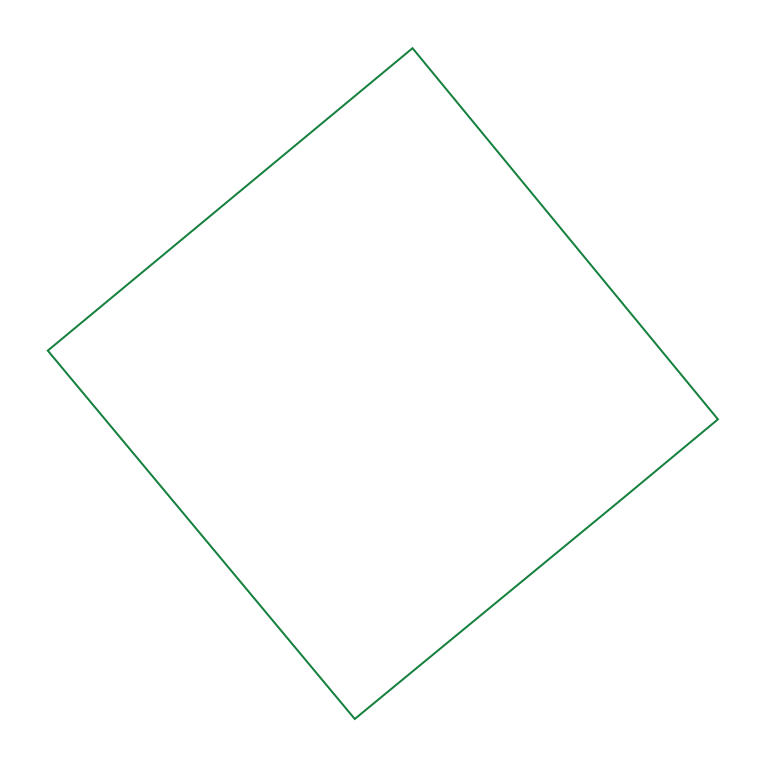 Fisher, Texas, United States of America (Robinson projection), rotated 140°
{"feature_id": "52423323B51130731271508", "entity_name": "Fisher", "entity_type": "district", "adm_level": 2, "iso_a3": "USA", "parent_name": "United States of America", "parent_adm1": "Texas", "projection": "robinson", "projection_center": [-100.464, 32.743], "detail": "fine", "context": "isolated", "style": "outline", "palette": "green", "viewbox_px": 768, "rotation_deg": 140, "n_neighbors": 0, "source": "geoboundaries", "source_scale": "gbopen_adm2", "svg_char_len": 238}
<svg xmlns="http://www.w3.org/2000/svg" viewBox="0 0 768 768"><g transform="rotate(140 384 384)"><path d="M150.9,142.3L146.3,622.9L620.1,625.7L621.7,146.2L276.7,142.9L150.9,142.3Z" fill="none" stroke="#15803d" stroke-width="2"/></g></svg>